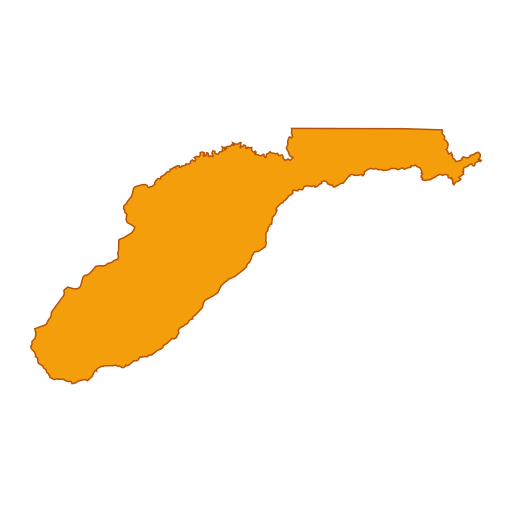 Bom Jardim, Maranhão, Brazil
{"feature_id": "56859067B20535313815955", "entity_name": "Bom Jardim", "entity_type": "district", "adm_level": 2, "iso_a3": "BRA", "parent_name": "Brazil", "parent_adm1": "Maranhão", "projection": "orthographic", "projection_center": [-46.265, -3.964], "detail": "fine", "context": "isolated", "style": "filled", "palette": "amber", "viewbox_px": 512, "rotation_deg": 0, "n_neighbors": 0, "source": "geoboundaries", "source_scale": "gbopen_adm2", "svg_char_len": 6065}
<svg xmlns="http://www.w3.org/2000/svg" viewBox="0 0 512 512"><path d="M96.5,371.1L96.3,370.2L97.0,368.9L98.1,368.1L101.2,366.5L103.3,366.3L104.2,365.8L112.6,365.7L116.0,365.1L117.6,366.2L119.6,366.0L122.1,367.6L123.4,367.6L125.7,366.0L125.7,365.2L126.6,365.7L128.3,365.4L133.9,360.8L137.2,360.6L138.2,359.9L139.9,356.9L141.7,357.2L144.9,356.5L147.3,356.8L149.1,355.2L151.9,354.9L157.7,350.2L160.4,349.2L162.7,347.7L163.5,345.5L166.6,343.7L172.1,338.4L173.9,339.0L176.4,337.6L177.6,334.7L178.8,333.2L178.3,330.4L178.8,329.3L180.9,327.1L181.9,327.1L185.9,324.2L186.8,324.0L188.3,322.3L188.8,321.0L190.5,319.5L192.7,318.9L192.4,317.6L193.1,316.6L195.6,314.8L202.3,307.6L203.5,302.9L205.1,300.2L213.4,295.7L217.7,292.7L220.8,286.3L223.7,283.2L229.2,278.9L235.0,276.4L244.2,269.1L246.4,266.9L247.4,263.9L249.4,262.4L251.4,258.2L251.9,256.0L254.5,251.9L258.6,251.2L264.9,247.1L265.6,246.0L266.3,242.4L265.8,241.4L266.0,232.7L267.8,230.5L268.2,227.6L269.8,225.8L269.9,224.8L270.6,224.1L271.6,224.1L272.5,217.2L275.2,214.4L276.9,210.6L276.9,209.8L276.1,209.3L276.2,208.3L280.8,203.3L282.9,202.7L284.0,200.6L285.0,200.4L287.5,198.0L288.5,196.0L291.0,194.8L292.7,193.3L292.8,190.6L293.6,190.1L297.2,190.9L298.0,190.7L298.0,189.9L298.9,189.3L302.2,189.8L303.4,188.5L304.1,186.5L307.7,185.7L311.9,186.6L313.5,185.8L315.0,186.2L315.0,187.1L316.4,186.9L319.9,183.9L321.7,183.5L321.6,181.6L324.9,180.9L326.7,181.8L328.0,184.1L331.2,185.2L332.2,185.1L333.5,186.9L334.8,187.0L336.0,186.4L336.4,185.6L337.4,185.6L340.6,183.5L343.3,183.1L349.1,175.7L349.8,176.0L350.0,175.2L350.7,174.7L351.6,174.3L354.8,175.3L358.1,175.4L360.7,174.5L361.9,174.7L362.2,175.7L363.2,175.6L364.3,173.9L364.3,172.2L367.2,169.7L370.8,168.4L373.7,169.1L376.2,168.5L378.3,169.8L381.4,169.5L383.2,170.5L388.5,169.9L390.8,168.6L392.1,168.4L395.6,168.6L398.2,169.7L401.9,167.9L402.8,168.0L404.4,169.3L407.5,167.9L410.4,167.4L411.0,166.9L410.5,166.2L411.1,165.7L413.8,165.9L415.4,165.0L417.1,166.7L419.8,167.6L420.9,169.4L422.0,172.2L421.3,173.1L422.2,173.7L422.3,174.5L421.1,175.9L421.1,177.1L422.1,177.3L422.6,178.3L422.0,179.1L422.6,179.9L425.4,180.5L428.2,179.7L430.6,179.8L431.2,178.8L432.1,178.8L432.9,177.9L435.5,177.1L437.2,175.4L438.5,175.2L439.2,174.4L441.5,174.7L442.5,175.4L444.5,174.6L446.7,174.6L447.8,175.2L448.2,177.5L449.0,177.9L451.3,177.8L450.9,178.6L452.5,179.2L452.2,180.2L452.9,182.3L452.7,183.3L453.9,184.8L455.5,182.2L459.6,180.6L460.8,179.1L458.8,177.4L463.5,174.1L463.7,173.4L462.7,171.7L463.7,171.2L463.3,169.2L463.6,168.2L465.5,167.0L467.5,166.4L469.6,164.5L471.6,163.9L472.9,165.7L473.9,166.0L474.6,165.5L475.1,163.5L475.8,162.5L478.8,161.0L480.5,161.5L481.3,160.4L478.4,159.3L479.9,157.9L480.4,154.8L479.7,153.6L478.3,152.2L475.9,152.9L474.3,154.2L470.3,155.4L469.4,157.0L468.4,157.6L466.3,157.8L463.2,156.8L462.6,157.9L461.7,158.4L461.7,159.6L460.0,160.7L455.9,161.5L454.4,159.0L453.4,158.9L452.9,158.1L452.6,156.0L451.8,155.4L452.2,154.7L451.1,152.6L450.5,153.3L448.5,154.0L447.7,151.2L446.1,149.4L447.4,148.3L448.2,144.1L446.9,141.7L444.4,139.3L444.6,136.4L442.4,133.7L441.9,131.4L442.5,130.7L442.2,129.9L403.6,128.7L291.5,128.4L292.0,130.5L291.4,132.7L292.6,136.9L291.1,137.8L290.4,137.1L289.3,137.1L288.7,138.1L287.7,141.1L287.8,145.1L286.6,147.0L286.5,148.7L288.3,151.7L288.7,153.5L290.1,156.0L292.9,157.5L290.4,160.2L289.6,160.1L288.0,158.8L287.4,159.6L285.0,160.3L283.0,158.1L282.9,156.2L282.2,155.0L278.6,155.5L277.6,153.3L275.9,153.8L271.4,152.8L269.9,151.7L268.6,153.2L266.7,154.1L266.2,155.2L266.2,157.0L265.6,157.6L264.8,157.1L264.1,156.2L264.1,154.8L263.4,154.3L260.8,155.9L256.4,154.3L255.5,154.6L254.8,153.9L256.1,152.2L255.2,151.2L254.6,152.0L253.3,152.0L252.4,151.1L251.5,149.9L251.7,147.5L248.9,147.9L248.1,147.2L246.7,148.6L245.9,148.2L246.1,147.2L245.3,145.5L243.6,145.0L242.8,146.5L241.5,146.7L240.3,147.7L240.0,146.8L240.9,145.7L240.5,144.4L241.1,142.8L240.2,142.5L237.3,144.3L235.1,143.9L232.9,142.8L234.1,145.1L233.4,145.2L232.3,144.1L230.2,146.4L227.4,146.3L226.1,147.1L226.5,148.5L225.1,149.9L224.6,148.9L225.2,148.0L224.7,147.4L223.7,147.6L222.2,146.9L222.6,148.1L222.2,150.1L223.0,150.7L221.4,151.7L219.7,151.8L218.3,153.9L217.5,154.2L215.8,153.7L214.9,152.9L214.9,151.3L212.8,150.9L212.0,153.2L212.1,154.4L213.0,155.6L212.7,156.5L210.2,155.9L209.0,156.6L208.2,155.9L208.5,154.5L207.7,152.8L206.8,152.8L206.0,155.4L203.8,156.2L203.6,155.2L204.5,154.7L204.0,153.6L204.4,152.8L202.5,152.0L200.2,152.5L200.3,155.0L198.6,157.0L196.5,156.3L194.2,157.6L195.6,159.0L195.1,161.1L194.2,161.3L192.4,159.9L190.8,161.0L190.3,161.8L190.6,162.9L190.0,163.6L187.0,164.2L186.0,163.8L185.5,165.2L181.4,166.2L180.9,167.3L179.2,167.2L179.3,165.8L177.0,165.9L175.7,166.5L175.7,167.8L174.8,167.2L173.8,167.3L171.4,169.4L170.3,169.1L170.1,170.4L169.2,171.7L167.1,171.9L164.6,174.6L160.8,176.9L160.6,178.8L157.8,178.6L155.6,180.9L154.7,183.0L154.7,184.4L152.3,186.3L150.0,186.8L149.3,187.6L148.1,187.2L146.9,185.2L144.6,184.4L141.4,184.9L134.9,186.8L133.5,188.6L132.1,194.8L130.8,197.3L127.3,201.7L126.7,203.4L124.5,205.0L123.9,205.9L123.6,208.2L123.7,209.2L124.6,209.8L124.8,212.4L126.8,214.1L126.1,219.9L127.4,222.6L132.2,225.2L134.7,227.2L134.3,228.6L133.5,230.4L131.4,233.0L123.6,237.8L119.6,239.3L118.8,240.1L118.5,250.6L117.7,253.5L118.5,256.9L117.7,259.1L113.4,260.8L112.6,262.0L107.1,263.8L106.0,265.2L102.9,266.0L99.4,265.7L95.7,266.4L92.6,270.3L88.8,274.2L87.1,275.0L84.5,275.5L82.9,277.3L80.6,285.9L79.2,287.8L76.7,288.8L74.2,288.9L67.8,287.1L64.2,289.9L63.9,290.6L64.3,293.3L63.6,295.7L51.4,312.2L51.2,315.5L50.5,317.4L48.7,319.4L46.2,324.5L34.8,328.8L35.8,332.9L35.7,335.9L34.9,338.5L32.0,341.5L31.9,344.8L30.7,346.5L31.4,348.7L34.7,352.3L35.7,355.5L35.4,356.7L37.4,357.8L38.3,363.2L42.9,366.0L43.2,367.4L44.1,368.5L45.8,369.4L46.7,372.1L48.7,374.0L49.1,375.6L49.8,376.1L49.8,377.3L53.4,379.3L54.4,379.6L56.9,378.7L57.6,379.2L63.6,379.3L65.9,380.9L68.3,381.6L70.3,381.3L71.2,381.7L71.9,383.6L72.8,383.6L76.7,382.5L77.6,381.2L84.1,379.6L86.6,380.0L87.5,380.7L92.1,376.5L94.6,371.1L95.6,370.6L96.5,371.1Z" fill="#f59e0b" stroke="#b45309" stroke-width="1.5"/></svg>